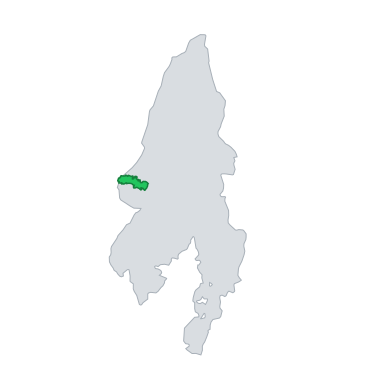 Sokuluk, Chuy, Kyrgyzstan shown in context, rotated 288°
{"feature_id": "92254566B29732535637196", "entity_name": "Sokuluk", "entity_type": "district", "adm_level": 2, "iso_a3": "KGZ", "parent_name": "Kyrgyzstan", "parent_adm1": "Chuy", "projection": "albers", "projection_center": [74.357, 42.835], "detail": "fine", "context": "in_parent", "style": "filled", "palette": "green", "viewbox_px": 384, "rotation_deg": 288, "n_neighbors": 0, "source": "geoboundaries", "source_scale": "gbopen_adm2", "svg_char_len": 6727}
<svg xmlns="http://www.w3.org/2000/svg" viewBox="0 0 384 384"><g transform="rotate(288 192 192)"><path d="M88.2,226.9L89.2,226.3L92.1,225.8L98.1,225.5L100.1,226.0L104.1,228.6L107.2,228.4L107.7,228.7L108.9,230.8L113.3,227.9L116.4,227.1L118.1,224.1L121.5,220.6L124.4,220.1L124.4,220.7L125.0,221.2L127.9,222.1L128.8,221.2L129.3,219.9L128.3,217.8L128.3,216.9L129.3,215.6L133.9,217.7L134.9,217.7L137.0,216.6L139.0,214.7L139.8,213.2L149.3,208.3L150.0,207.4L149.9,206.8L145.9,205.6L144.1,206.2L142.5,206.2L141.5,205.4L136.7,205.0L135.6,204.5L132.5,200.8L128.6,198.4L126.7,198.5L124.4,199.4L123.7,199.0L123.6,195.5L123.2,193.5L121.8,193.0L120.0,193.7L115.2,192.5L114.8,188.2L113.1,184.4L110.6,182.8L110.6,180.5L109.7,179.5L108.9,179.8L107.9,180.9L108.3,183.4L107.9,185.9L107.3,187.1L106.1,188.0L104.9,188.0L102.7,186.7L102.1,194.2L101.7,194.7L99.1,193.5L97.0,193.9L93.8,193.3L91.5,192.0L87.0,190.4L84.9,188.9L83.8,183.7L82.6,181.9L81.4,181.4L76.5,183.0L71.6,179.6L69.2,178.9L68.6,177.9L68.8,176.7L76.6,171.4L79.7,167.7L81.7,166.1L86.5,164.6L87.7,161.0L88.1,160.6L93.0,159.1L98.5,156.2L98.6,155.3L98.1,154.5L93.4,151.5L90.9,152.7L89.5,151.0L89.6,149.3L91.3,146.4L92.7,145.0L93.4,142.2L95.4,140.4L97.5,137.5L100.0,135.1L104.6,133.4L107.1,134.1L109.4,133.8L113.1,132.4L115.3,132.3L124.6,134.9L127.7,135.1L134.9,138.2L140.6,139.8L143.3,142.7L152.4,144.1L154.9,145.0L155.8,146.3L158.4,148.1L160.6,148.5L158.7,141.7L159.5,137.7L162.5,126.6L164.0,125.0L171.5,121.9L173.2,119.6L178.5,119.6L179.6,119.2L180.2,117.9L196.6,127.6L202.9,130.3L211.5,132.7L218.8,133.4L220.1,132.8L222.9,129.0L224.3,128.8L242.4,129.1L255.3,126.7L257.1,126.7L262.0,128.7L277.4,128.8L283.4,129.9L292.9,129.0L297.0,129.0L304.3,131.4L306.9,131.8L311.7,132.0L313.4,131.4L314.5,132.0L315.7,135.4L320.5,139.5L322.3,141.7L324.0,142.6L332.6,142.8L335.8,143.5L344.2,151.2L345.6,155.9L344.8,157.0L336.5,158.2L334.6,159.0L332.8,162.7L321.8,167.8L320.1,167.8L305.4,176.9L295.2,184.3L294.9,187.7L289.1,195.6L284.5,196.7L280.5,196.7L274.1,199.2L265.8,198.7L262.9,199.0L257.5,198.1L255.3,198.7L253.0,200.3L249.9,206.5L248.7,208.0L248.1,209.3L247.7,212.3L246.5,215.5L243.9,220.3L241.6,222.5L239.4,224.0L237.7,221.1L234.9,223.2L232.2,222.8L230.6,223.5L226.9,226.0L221.4,226.0L220.8,225.2L219.6,218.3L218.6,215.0L217.8,214.3L216.8,214.2L209.0,219.8L205.4,220.8L202.4,221.0L198.5,219.4L197.6,219.8L196.9,220.6L196.7,221.8L197.8,224.8L197.5,225.5L195.7,225.4L193.3,226.1L185.7,232.5L180.9,234.2L176.5,234.9L173.8,236.0L172.3,238.4L169.3,244.9L169.5,246.3L170.7,248.1L171.6,252.1L171.3,253.1L168.9,256.4L165.8,257.4L163.4,257.9L158.8,257.4L156.5,258.0L152.1,260.5L148.5,260.9L141.7,260.8L135.0,259.8L132.9,260.0L126.9,261.4L124.9,263.7L123.7,265.8L123.2,266.1L120.8,264.1L117.9,260.6L116.5,260.6L111.1,263.2L110.3,263.1L108.8,262.0L109.1,257.7L107.5,256.8L103.9,256.5L102.7,255.5L103.2,252.7L102.8,251.7L101.9,250.8L100.0,251.0L96.2,253.1L91.7,253.8L90.2,254.5L88.3,257.4L82.4,257.8L80.6,257.0L77.2,251.3L74.2,250.3L71.1,250.4L66.9,251.6L65.9,250.4L64.8,250.0L63.8,250.9L58.7,250.8L53.4,250.4L50.5,249.6L48.5,249.5L44.6,250.8L39.8,250.8L39.7,245.6L38.4,242.0L40.2,236.3L41.1,234.5L44.5,236.9L45.8,236.6L46.2,235.5L45.8,232.8L47.7,230.1L60.2,226.9L73.6,233.2L75.3,237.0L76.4,236.9L78.4,235.3L79.1,232.2L81.9,230.6L87.8,228.7L88.2,226.9ZM94.8,239.9L95.0,239.4L94.1,236.7L95.6,234.2L92.8,233.7L91.5,232.9L90.0,230.2L89.4,230.1L88.6,230.8L88.1,232.4L88.4,234.3L90.3,236.0L89.2,239.6L93.3,240.2L94.8,239.9ZM80.3,241.8L80.3,241.0L79.3,240.7L74.2,239.4L74.4,240.1L76.2,242.9L77.7,243.1L80.3,241.8ZM111.1,238.3L111.4,236.7L108.3,237.6L107.9,238.4L109.0,239.5L110.3,239.9L111.1,238.3Z" fill="#d9dde1" stroke="#a8b0b8" stroke-width="1"/><path d="M183.1,147.8L183.9,147.9L184.4,147.8L185.1,147.5L185.6,147.5L186.0,147.6L186.3,147.8L187.0,146.8L187.2,146.3L187.3,145.8L187.5,145.4L187.5,144.8L187.6,144.2L187.2,143.4L187.1,143.0L187.1,142.6L187.0,142.3L186.7,142.2L186.3,141.8L186.0,141.8L185.7,141.8L185.6,141.6L185.5,141.3L185.4,141.1L185.2,140.9L185.2,140.6L185.1,140.4L185.5,140.1L185.5,139.8L185.5,139.6L185.7,139.4L185.9,139.4L186.1,139.5L186.4,139.4L186.6,139.2L186.8,139.1L187.1,139.1L187.4,138.9L187.4,138.6L187.2,138.3L186.8,138.0L186.2,137.8L186.0,137.6L186.0,137.3L186.2,137.2L186.6,137.3L186.8,137.4L187.0,137.4L187.2,137.2L187.3,137.1L187.3,136.9L187.1,136.6L186.8,136.5L186.8,136.2L187.0,135.7L187.9,135.2L188.2,135.2L188.4,135.2L188.9,135.2L189.2,134.9L189.4,134.9L189.5,134.8L189.5,134.6L189.3,134.3L189.1,134.2L189.3,134.1L189.5,134.1L189.6,133.8L189.4,133.7L189.1,133.6L189.0,134.0L188.8,134.1L188.7,134.3L188.6,134.2L188.6,133.8L188.7,134.0L188.9,133.8L189.0,133.4L189.0,132.9L188.8,132.9L188.7,133.0L188.1,133.4L187.9,133.4L187.9,133.1L188.0,133.1L188.0,132.6L188.0,132.3L187.7,132.3L187.8,132.0L187.1,132.1L186.9,131.7L186.1,131.8L186.1,131.2L187.1,131.1L187.3,131.1L187.5,131.2L187.9,131.3L188.0,131.0L188.3,131.0L188.2,130.2L188.3,130.2L188.7,130.7L188.8,130.7L188.8,130.4L188.0,129.4L187.9,129.2L188.0,128.9L188.2,127.7L188.2,127.3L188.2,126.7L188.2,126.4L188.1,126.2L187.9,126.1L187.6,126.2L187.4,126.2L187.1,126.1L187.0,125.9L187.0,125.7L187.1,125.4L187.2,125.1L187.3,125.0L187.5,124.3L187.6,123.9L187.5,123.7L187.3,123.6L186.8,123.6L186.6,123.5L186.5,123.3L186.3,122.5L186.3,122.2L185.9,121.8L185.9,121.6L185.6,119.6L184.8,119.2L184.4,119.5L183.9,119.3L183.5,118.9L182.9,118.9L182.5,117.9L179.9,117.9L179.0,118.7L179.3,119.4L179.2,119.7L178.1,119.7L178.2,120.0L178.2,120.4L178.3,120.9L178.4,121.1L178.4,121.6L178.5,121.8L178.8,121.9L178.9,122.0L178.6,122.3L178.3,122.3L178.1,122.4L178.0,122.5L177.9,122.7L177.9,122.9L178.1,123.0L178.3,123.0L178.6,122.9L178.8,122.9L178.8,123.1L178.7,123.4L178.7,123.5L178.5,123.9L178.4,124.1L178.4,124.3L178.5,124.5L178.7,124.8L179.0,125.4L179.6,125.9L180.3,126.4L180.4,126.6L180.4,126.8L180.4,127.0L179.8,127.4L179.9,127.6L180.2,127.9L180.4,128.3L180.6,128.8L181.0,130.0L181.1,130.6L181.2,130.9L181.3,132.1L181.1,132.7L180.8,133.1L180.7,133.6L180.7,134.3L180.2,134.4L179.6,134.5L179.6,134.8L179.8,134.9L179.9,135.0L179.4,135.0L179.0,135.0L178.6,134.9L178.2,135.0L177.9,135.3L177.9,135.6L178.1,136.0L178.2,136.5L178.5,136.8L178.6,137.2L179.1,137.6L179.3,137.9L179.4,138.3L179.3,138.7L179.2,139.3L179.1,139.8L179.1,140.6L179.0,140.8L178.9,141.0L178.7,141.4L178.5,141.8L178.4,142.2L178.3,142.5L178.2,142.7L178.5,143.1L179.4,143.5L179.8,143.5L179.9,143.4L179.7,142.7L179.7,142.4L180.0,142.2L180.3,142.2L180.4,142.4L180.3,142.7L180.3,143.0L180.2,143.4L180.3,143.9L180.4,144.2L180.3,144.4L180.1,144.5L179.9,144.8L179.7,145.1L179.6,145.4L179.4,145.6L179.3,145.9L179.1,146.0L179.0,146.3L179.5,146.9L180.3,147.0L180.7,147.2L181.1,147.4L181.5,147.6L182.0,147.7L182.6,147.7L183.1,147.8Z" fill="#22c55e" stroke="#15803d" stroke-width="1.5"/></g></svg>